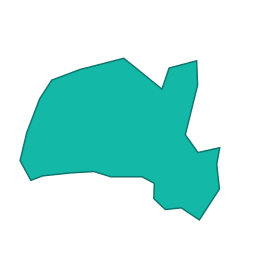 Agios Epifanios Oreinis, Nicosia, Cyprus, rotated 190°
{"feature_id": "46923920B19828557727754", "entity_name": "Agios Epifanios Oreinis", "entity_type": "district", "adm_level": 2, "iso_a3": "CYP", "parent_name": "Cyprus", "parent_adm1": "Nicosia", "projection": "robinson", "projection_center": [33.112, 34.996], "detail": "fine", "context": "isolated", "style": "filled", "palette": "teal", "viewbox_px": 256, "rotation_deg": 190, "n_neighbors": 0, "source": "geoboundaries", "source_scale": "gbopen_adm2", "svg_char_len": 490}
<svg xmlns="http://www.w3.org/2000/svg" viewBox="0 0 256 256"><g transform="rotate(190 128 128)"><path d="M41.8,49.9L27.4,83.8L34.3,107.5L34.3,124.5L54.9,116.0L70.4,131.3L66.9,182.3L70.1,196.9L72.1,206.1L97.9,194.2L101.3,172.1L127.4,186.6L144.3,195.9L185.6,177.2L211.4,161.9L220.0,141.5L226.9,105.9L228.6,77.1L214.6,59.6L203.6,66.1L177.2,73.7L154.1,79.2L136.5,77.0L105.7,82.4L92.5,78.1L90.3,62.9L77.1,54.2L61.7,58.6L41.8,49.9Z" fill="#14b8a6" stroke="#0f766e" stroke-width="1.5"/></g></svg>